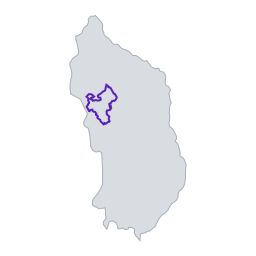 Hungary, with Heves highlighted, rotated 270°
{"feature_id": "HUN-3174", "entity_name": "Heves", "entity_type": "County", "adm_level": 1, "iso_a3": "HUN", "parent_name": "Hungary", "parent_adm1": "", "projection": "robinson", "projection_center": [20.209, 47.788], "detail": "fine", "context": "in_parent", "style": "outline", "palette": "violet", "viewbox_px": 256, "rotation_deg": 270, "n_neighbors": 0, "source": "natural_earth", "source_scale": "10m", "svg_char_len": 4110}
<svg xmlns="http://www.w3.org/2000/svg" viewBox="0 0 256 256"><g transform="rotate(270 128 128)"><path d="M215.8,76.0L219.0,75.7L219.8,75.9L220.4,77.8L220.5,78.0L221.2,79.2L222.0,80.9L223.1,82.2L225.5,82.7L228.7,84.3L230.8,87.3L233.9,88.5L234.2,88.5L234.8,88.4L237.0,88.3L237.4,88.9L239.2,90.3L240.0,91.6L239.6,93.0L240.0,94.5L240.6,95.0L239.8,96.0L234.1,101.2L231.9,102.5L230.4,102.8L228.0,102.3L225.5,102.7L223.4,103.8L221.4,104.1L219.8,105.4L217.9,108.2L215.5,110.6L213.1,112.1L211.8,113.4L211.7,117.9L210.4,119.2L208.5,120.6L207.6,121.7L204.8,128.6L202.7,130.8L200.7,132.5L200.4,134.1L200.5,135.9L198.2,139.4L195.2,143.1L194.7,144.6L195.4,146.6L192.5,149.0L190.9,150.1L189.5,150.7L188.6,152.1L187.2,155.7L187.6,157.3L187.7,158.8L185.2,159.6L184.5,161.3L183.9,163.3L182.9,164.2L180.2,165.8L173.4,165.1L170.9,165.7L170.1,166.9L169.9,167.8L169.1,168.7L167.5,169.9L166.0,170.4L162.4,169.0L154.8,170.4L153.5,171.4L152.5,170.7L150.8,170.0L143.2,169.2L140.2,169.8L136.2,169.6L132.5,168.9L129.7,169.5L127.3,172.3L126.1,173.2L125.1,173.8L123.0,174.7L121.3,175.8L118.9,176.5L116.8,176.4L114.9,175.2L114.2,175.5L113.5,176.6L112.5,177.6L109.5,178.7L108.8,178.7L108.6,178.7L106.3,179.6L102.6,180.1L100.7,179.7L97.3,183.7L96.2,184.4L93.0,185.6L90.4,186.2L88.1,185.7L87.2,185.6L77.1,185.4L71.9,184.6L68.5,183.1L66.3,181.4L65.2,179.5L62.7,178.3L58.5,177.9L55.4,176.1L53.1,172.7L50.1,170.1L46.2,168.1L43.1,165.4L40.9,161.8L36.8,158.6L30.9,155.8L29.2,155.1L28.8,154.2L26.0,150.7L24.8,149.4L24.9,147.6L24.4,146.6L23.3,145.9L22.8,143.4L22.5,141.5L21.7,140.3L15.4,140.0L20.8,135.5L23.4,134.3L26.5,134.5L27.5,134.1L27.7,133.4L28.3,132.0L28.6,130.6L28.9,129.3L28.6,128.5L27.1,128.3L26.4,125.1L27.2,123.9L28.0,123.0L27.1,119.1L27.4,117.8L29.8,117.6L31.8,116.7L33.5,115.8L33.9,114.6L35.3,112.1L34.1,109.1L27.3,107.1L26.9,106.4L28.6,105.5L30.3,104.3L31.3,103.3L32.6,103.2L34.5,103.7L37.8,105.9L39.0,106.2L40.3,105.5L41.6,105.4L45.2,105.5L48.3,105.0L47.7,102.6L47.7,100.9L47.2,99.6L47.6,98.1L48.8,96.9L49.3,94.3L51.2,92.6L52.1,92.3L55.5,92.6L56.3,93.1L56.8,93.2L62.2,97.5L67.2,100.7L71.4,102.4L77.6,102.5L84.1,102.7L95.1,102.1L103.3,101.7L103.8,100.9L105.1,98.9L104.1,97.3L104.2,95.3L105.6,92.8L109.6,90.7L121.2,89.8L127.9,88.2L128.9,86.1L131.1,84.0L133.2,83.6L135.9,84.5L139.2,86.4L142.2,87.4L143.9,86.7L149.8,83.6L156.5,80.6L161.2,72.3L161.7,70.9L166.7,70.0L174.1,70.2L177.9,71.2L180.7,71.8L185.0,71.6L191.1,69.8L193.3,69.9L195.1,71.2L197.0,72.2L198.4,73.6L199.4,75.4L199.9,76.2L200.8,77.1L202.3,78.4L203.8,78.8L215.2,76.5L215.8,76.0Z" fill="#d9dde1" stroke="#a8b0b8" stroke-width="1"/><path d="M171.1,106.4L170.9,106.7L170.8,107.1L170.3,107.7L169.4,108.0L169.0,108.3L169.2,108.8L169.1,109.0L168.8,109.3L168.5,109.4L168.5,109.6L168.3,110.4L162.5,113.7L162.2,114.1L162.0,114.9L161.6,115.3L160.4,115.6L160.2,115.8L159.8,116.3L159.5,116.5L158.6,116.7L157.9,116.5L156.0,115.4L155.4,114.8L155.0,114.1L155.3,113.2L154.7,111.8L153.4,111.3L152.8,110.5L152.4,109.5L152.0,109.2L148.9,109.9L149.2,110.5L149.7,110.8L148.1,111.2L146.3,110.2L145.7,108.6L145.5,106.9L144.2,106.5L142.6,106.9L141.8,106.8L141.3,107.2L139.5,109.3L139.1,109.3L138.3,108.8L136.5,108.9L134.7,109.6L134.2,109.1L134.2,108.4L133.3,107.1L132.7,106.5L132.3,105.7L132.7,105.2L132.9,104.6L132.5,104.6L132.1,104.4L131.6,103.7L134.7,100.6L136.0,100.3L137.7,97.8L138.6,97.3L139.7,97.8L140.5,97.3L140.8,96.6L141.3,95.9L141.9,95.9L142.3,96.3L143.2,95.8L144.1,95.1L144.2,94.1L144.6,93.1L145.4,92.5L146.4,92.4L146.2,91.0L145.5,89.9L145.1,89.7L144.8,89.5L145.0,88.9L145.5,88.7L146.4,88.5L147.2,87.8L148.1,87.4L148.3,87.1L148.7,87.0L149.4,86.7L150.2,87.3L150.8,87.9L151.4,87.9L151.8,88.0L152.3,88.6L152.8,89.0L154.0,89.0L154.9,88.3L156.1,88.2L157.2,88.9L159.3,86.5L161.1,88.1L161.7,88.6L161.9,89.6L161.8,90.5L161.3,92.2L159.9,93.5L159.5,94.1L158.6,93.2L158.6,92.0L158.2,91.2L156.7,90.9L156.2,92.4L155.3,92.8L155.5,94.1L155.9,95.7L155.5,97.4L155.5,99.1L156.3,100.7L157.7,100.7L158.5,99.9L158.5,98.7L159.2,98.0L160.3,97.8L160.6,98.1L160.9,98.3L163.0,101.5L164.5,103.0L165.0,104.3L165.7,105.2L169.3,105.9L170.1,106.3L171.1,106.4Z" fill="none" stroke="#5b21b6" stroke-width="2"/></g></svg>